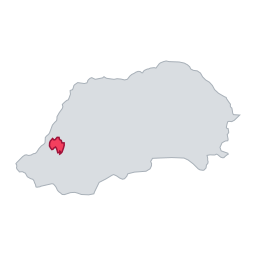 Debrecen highlighted on a map of Hungary, rotated 181°
{"feature_id": "HUN-4924", "entity_name": "Debrecen", "entity_type": "Urban county", "adm_level": 1, "iso_a3": "HUN", "parent_name": "Hungary", "parent_adm1": "", "projection": "mercator", "projection_center": [21.625, 47.561], "detail": "fine", "context": "in_parent", "style": "filled", "palette": "rose", "viewbox_px": 256, "rotation_deg": 181, "n_neighbors": 0, "source": "natural_earth", "source_scale": "10m", "svg_char_len": 2995}
<svg xmlns="http://www.w3.org/2000/svg" viewBox="0 0 256 256"><g transform="rotate(181 128 128)"><path d="M215.0,67.7L218.1,67.2L218.3,67.3L219.0,67.5L219.5,69.8L219.6,70.0L220.4,71.5L221.1,73.5L222.2,75.0L224.6,75.7L227.8,77.5L229.8,81.0L232.9,82.5L233.1,82.5L233.7,82.4L235.9,82.2L236.4,83.0L238.1,84.7L238.8,86.2L238.5,87.8L238.8,89.6L239.5,90.2L238.7,91.4L232.9,97.5L230.7,99.1L229.2,99.4L226.8,98.8L224.4,99.3L222.2,100.6L220.2,101.0L218.7,102.5L216.7,105.8L214.3,108.6L211.9,110.3L210.7,111.8L210.5,117.1L209.2,118.7L207.4,120.2L206.4,121.6L203.6,129.6L201.5,132.2L199.5,134.2L199.2,136.0L199.2,138.0L197.0,142.1L194.0,146.4L193.5,148.1L194.1,150.5L191.3,153.2L189.7,154.5L188.3,155.1L187.5,156.8L186.1,160.9L186.4,162.8L186.5,164.5L184.1,165.4L183.4,167.3L182.8,169.6L181.8,170.6L179.1,172.5L172.4,171.7L169.9,172.4L169.2,173.7L169.0,174.8L168.2,175.8L166.7,177.1L165.1,177.7L161.6,176.1L154.2,177.7L152.9,178.9L151.8,178.1L150.2,177.3L142.8,176.4L139.8,177.1L135.9,176.8L132.2,176.0L129.5,176.7L127.1,179.9L125.9,181.0L125.0,181.7L122.9,182.7L121.2,183.9L118.9,184.8L116.9,184.7L114.9,183.3L114.2,183.6L113.6,184.9L112.6,185.9L109.7,187.3L109.0,187.3L108.8,187.3L106.6,188.3L102.9,188.8L101.1,188.4L97.8,192.9L96.7,193.7L93.6,195.0L91.0,195.7L88.7,195.2L87.9,195.1L78.0,194.9L72.9,193.9L69.6,192.2L67.4,190.3L66.3,188.1L63.7,186.8L59.7,186.3L56.5,184.2L54.3,180.4L51.2,177.4L47.4,175.2L44.4,172.0L42.1,167.9L38.1,164.3L32.2,161.0L30.4,160.3L30.1,159.2L27.2,155.1L26.0,153.6L26.1,151.6L25.5,150.5L24.5,149.7L23.9,146.7L23.6,144.6L22.8,143.2L16.5,142.9L21.8,137.6L24.4,136.2L27.4,136.4L28.4,136.0L28.6,135.2L29.1,133.5L29.4,131.9L29.7,130.4L29.3,129.5L27.9,129.2L27.2,125.5L27.9,124.1L28.7,123.1L27.7,118.5L28.0,117.0L30.4,116.7L32.3,115.7L33.9,114.6L34.4,113.2L35.7,110.3L34.5,106.8L27.7,104.5L27.3,103.6L28.9,102.6L30.6,101.1L31.6,100.0L32.9,99.9L34.7,100.4L38.0,103.0L39.3,103.4L40.5,102.6L41.8,102.5L45.5,102.6L48.5,102.0L47.8,99.2L47.8,97.2L47.3,95.6L47.6,93.9L48.9,92.5L49.3,89.4L51.2,87.3L52.1,87.0L55.4,87.4L56.2,88.0L56.8,88.1L62.1,93.2L67.2,97.0L71.4,98.9L77.5,99.1L84.0,99.2L94.9,98.6L103.0,98.1L103.5,97.1L104.8,94.9L103.8,92.9L103.9,90.6L105.2,87.6L109.2,85.1L120.8,84.0L127.4,82.2L128.4,79.7L130.6,77.2L132.6,76.7L135.4,77.8L138.7,80.0L141.6,81.2L143.3,80.4L149.2,76.7L155.9,73.1L160.5,63.2L161.0,61.6L166.1,60.5L173.4,60.7L177.2,62.0L180.0,62.7L184.3,62.4L190.4,60.3L192.6,60.4L194.4,61.9L196.3,63.2L197.6,64.8L198.6,67.0L199.1,67.8L200.0,69.0L201.5,70.6L203.0,71.0L214.3,68.2L215.0,67.7Z" fill="#d9dde1" stroke="#a8b0b8" stroke-width="1"/><path d="M195.7,100.8L195.3,103.3L195.8,103.7L196.2,102.2L197.8,102.0L198.4,104.2L199.2,106.4L200.1,107.7L201.6,106.8L202.7,105.4L203.8,105.1L205.1,106.7L206.2,108.7L206.1,111.7L205.4,113.6L203.2,116.2L201.8,114.8L200.6,115.1L198.7,117.4L196.8,117.4L196.3,115.4L195.5,114.8L194.5,114.4L193.8,112.0L191.6,112.0L191.5,109.6L192.2,106.7L193.6,102.7L195.0,101.2L195.7,100.8Z" fill="#f43f5e" stroke="#9f1239" stroke-width="1.5"/></g></svg>